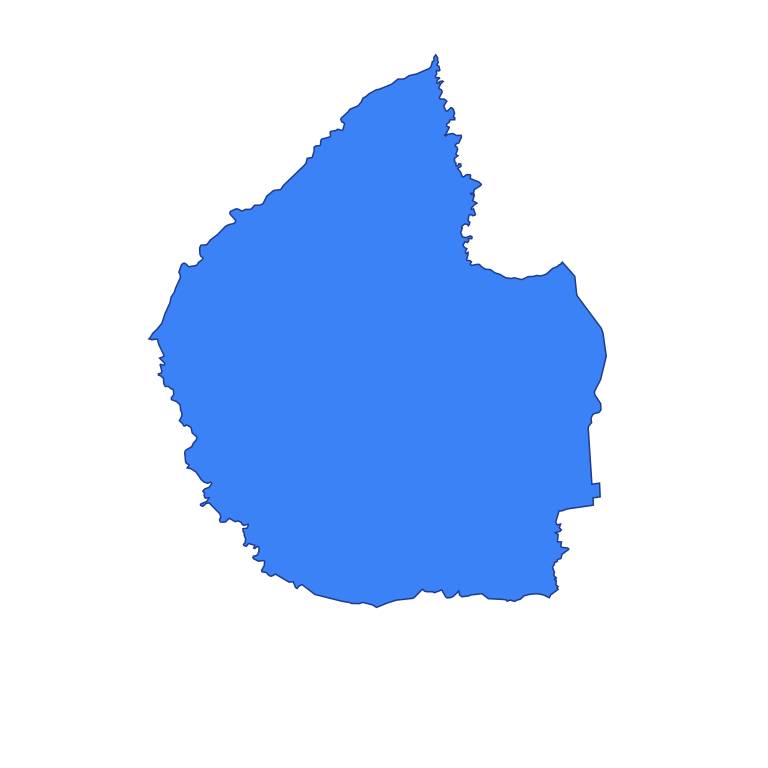 outline of Makueni, Eastern, Kenya, rotated 242°
{"feature_id": "3690345B23299491685856", "entity_name": "Makueni", "entity_type": "district", "adm_level": 2, "iso_a3": "KEN", "parent_name": "Kenya", "parent_adm1": "Eastern", "projection": "robinson", "projection_center": [37.731, -1.955], "detail": "fine", "context": "isolated", "style": "filled", "palette": "blue", "viewbox_px": 768, "rotation_deg": 242, "n_neighbors": 0, "source": "geoboundaries", "source_scale": "gbopen_adm2", "svg_char_len": 6171}
<svg xmlns="http://www.w3.org/2000/svg" viewBox="0 0 768 768"><g transform="rotate(242 384 384)"><path d="M181.3,308.6L181.2,310.3L184.8,321.6L182.3,322.4L180.8,323.8L177.6,329.5L176.0,330.6L175.1,338.3L167.0,338.5L165.3,339.6L164.0,342.9L164.0,345.7L166.0,352.8L162.3,351.7L159.6,352.8L157.1,359.3L157.0,361.6L152.9,372.0L145.5,375.3L137.7,388.3L135.7,390.8L134.4,390.7L134.0,394.0L130.8,397.2L130.6,401.3L129.9,402.9L131.2,408.4L129.9,413.9L127.8,419.0L125.3,423.0L122.5,426.1L117.7,429.6L119.6,432.3L120.9,441.3L123.1,441.2L123.3,442.6L125.9,441.6L129.7,443.8L130.5,442.9L131.6,443.0L131.9,443.7L131.4,444.4L131.9,445.1L134.7,444.2L136.3,444.5L137.4,446.0L143.2,446.8L144.8,449.8L146.5,450.8L145.9,452.7L146.3,454.0L147.3,454.3L147.5,455.7L146.8,458.2L150.1,461.3L151.2,469.3L151.9,469.7L153.1,469.0L156.4,464.2L157.4,463.8L161.2,466.6L163.2,463.0L169.4,467.2L172.3,465.4L171.3,470.3L171.8,472.1L174.8,471.3L177.4,474.2L178.3,470.8L181.3,470.7L189.7,478.9L188.5,481.4L187.6,487.3L178.7,512.0L185.3,515.1L182.9,521.9L195.3,527.8L197.9,520.5L249.2,543.6L250.7,544.9L252.4,549.1L256.7,550.8L258.8,553.6L259.2,555.6L258.0,560.5L259.2,563.3L264.9,566.1L275.1,565.1L278.3,566.0L286.3,577.4L304.2,593.3L326.6,601.4L331.2,602.0L370.7,596.0L372.9,596.3L389.5,603.0L407.8,598.7L407.6,597.4L406.7,596.6L407.0,594.5L406.3,592.3L406.9,587.3L404.8,578.7L405.8,573.0L408.2,569.7L408.9,566.2L411.1,561.8L411.5,554.7L416.7,548.8L417.3,546.1L420.7,541.3L426.4,537.8L430.1,534.1L434.9,531.8L438.0,527.2L441.7,525.2L444.7,524.4L445.9,522.6L447.6,516.9L449.5,516.4L450.8,518.6L452.6,517.8L454.1,515.5L455.0,515.3L459.1,519.2L460.8,520.0L460.5,517.9L461.3,517.5L463.2,518.5L464.5,520.7L466.4,519.3L469.4,518.8L471.7,522.3L469.7,524.1L470.7,526.1L472.1,526.1L472.6,526.9L471.1,529.6L472.3,530.8L474.2,529.9L474.8,525.0L477.2,522.3L481.6,522.8L485.1,526.5L486.0,526.1L486.8,527.0L487.4,530.2L486.0,532.5L484.1,532.8L484.6,533.9L486.5,535.8L488.3,534.9L489.5,535.5L493.1,538.2L492.8,540.4L490.7,541.6L490.5,544.2L496.7,545.3L496.8,543.6L497.4,543.1L498.4,543.8L499.9,548.3L500.0,551.0L504.4,548.2L505.6,550.1L507.3,550.9L507.6,552.1L509.2,552.6L509.9,550.3L511.6,549.9L510.7,552.9L513.2,554.9L513.9,562.7L514.6,563.7L517.8,562.6L524.9,556.6L527.5,558.4L528.4,558.3L530.1,555.2L529.5,551.3L530.7,550.5L534.9,551.1L539.8,550.2L540.0,554.1L542.1,555.1L543.4,553.7L541.9,551.0L543.1,550.0L545.3,551.3L547.6,550.6L548.3,551.5L550.1,551.9L550.8,556.5L552.7,555.4L553.6,555.6L556.1,558.8L557.5,559.5L559.1,559.5L560.7,558.6L561.4,559.0L562.2,560.8L561.7,563.2L565.5,568.2L567.3,568.9L569.3,564.8L572.9,562.3L574.5,557.5L574.1,554.8L575.3,554.5L575.7,556.2L579.6,561.7L580.2,562.2L581.9,560.5L584.1,561.2L584.5,564.4L586.2,566.5L584.1,570.6L585.9,571.5L587.5,570.6L589.9,573.5L594.2,574.1L596.2,573.5L596.6,572.6L595.2,568.3L596.2,566.9L601.3,567.2L604.2,572.2L607.1,571.1L609.2,567.6L610.1,567.1L610.8,567.2L614.1,572.0L615.3,572.8L617.2,572.6L618.9,571.2L619.9,571.6L622.4,574.9L623.3,578.3L624.0,578.0L624.9,575.4L624.9,574.5L624.0,574.1L623.8,573.1L625.4,571.8L627.5,574.3L627.9,576.6L628.7,576.5L630.1,573.7L631.6,573.8L633.1,576.2L635.5,576.9L636.2,577.7L634.6,579.3L634.8,580.6L638.5,581.7L640.8,580.3L642.6,583.0L644.5,583.2L646.8,584.5L650.3,584.3L649.1,581.5L646.1,580.0L645.8,577.9L642.4,574.9L641.3,572.2L642.5,558.2L644.5,550.9L643.9,546.0L644.6,543.2L646.7,539.5L645.1,531.6L646.5,518.1L647.4,515.3L647.3,507.2L646.3,503.0L646.3,499.6L643.7,496.3L641.8,491.8L642.6,482.8L641.2,480.2L638.9,471.4L638.1,470.1L635.3,469.8L633.6,471.1L632.2,471.3L627.6,466.8L627.5,466.0L630.7,462.8L630.5,460.1L632.0,455.9L631.6,454.5L628.4,453.4L627.5,452.5L629.5,443.8L628.4,442.3L624.9,440.2L624.7,438.9L626.2,435.5L626.0,433.5L622.7,431.8L617.7,427.0L619.3,422.2L615.6,418.8L614.6,416.6L606.5,388.3L604.2,384.1L606.7,377.2L604.9,368.7L600.0,361.8L600.2,358.2L602.6,353.7L600.8,348.8L601.1,347.7L603.2,343.7L603.3,339.9L606.9,337.3L608.1,335.6L608.5,329.3L607.1,328.0L605.4,328.0L598.4,329.9L596.5,328.4L596.3,326.3L597.5,322.1L597.7,318.4L594.1,307.2L592.7,298.5L590.2,292.8L592.5,287.4L590.7,285.1L585.0,282.4L582.6,282.3L580.7,283.3L579.6,282.8L579.1,281.7L578.5,277.4L577.0,275.0L577.0,273.1L579.2,266.6L582.8,265.6L584.5,264.3L584.8,263.2L584.2,261.0L579.1,255.4L575.3,255.1L573.2,253.8L566.5,245.0L563.3,241.8L560.8,237.0L556.2,233.2L549.2,224.0L542.0,216.5L539.1,209.8L537.3,203.5L534.8,199.6L534.2,197.6L532.0,199.8L530.5,204.3L529.6,204.9L524.7,203.7L513.1,203.2L512.0,202.7L511.8,201.7L512.2,198.0L505.1,200.1L504.0,198.9L504.3,197.8L506.2,196.3L506.0,195.3L499.4,193.8L498.2,192.3L498.9,189.6L497.9,189.0L495.9,190.7L492.5,191.9L487.6,189.7L484.5,189.7L483.0,192.6L479.7,193.7L478.1,195.3L474.1,193.8L473.1,193.0L471.8,189.8L470.0,189.0L465.8,192.6L462.0,193.9L460.3,193.9L456.5,192.1L453.7,192.0L450.8,190.6L447.6,186.1L443.4,187.6L441.2,187.5L440.4,188.2L440.5,190.6L436.9,192.8L435.7,193.1L431.0,191.7L424.9,193.9L422.5,191.7L421.4,188.1L418.9,184.8L418.7,178.4L418.2,177.0L416.9,175.8L408.2,172.2L406.7,172.3L404.5,173.8L403.7,173.5L402.3,170.8L399.9,173.7L394.6,176.7L385.5,177.7L382.1,178.9L379.1,181.6L378.7,184.8L377.8,185.3L376.8,185.0L374.9,180.9L375.5,176.7L374.8,174.3L374.1,173.7L372.0,174.4L369.9,172.8L367.2,172.6L365.7,176.0L363.5,172.2L364.1,166.6L363.9,165.5L362.9,165.0L361.0,166.6L362.0,170.9L361.1,173.8L346.6,178.1L343.4,177.6L341.2,174.9L339.4,174.7L338.5,175.3L336.6,179.1L338.1,184.3L332.7,187.7L332.0,188.7L331.9,190.7L329.1,192.8L326.6,192.9L325.0,193.7L323.9,198.2L323.1,198.1L321.0,195.5L322.5,191.5L320.0,190.4L317.8,190.6L315.9,189.5L312.1,189.1L309.0,186.8L308.4,184.6L307.2,184.5L305.6,185.9L305.4,186.7L306.5,188.7L306.4,190.0L302.2,194.2L300.3,191.9L299.4,192.7L300.1,196.0L298.4,197.0L295.0,195.0L292.9,192.7L292.4,190.5L293.3,188.0L292.3,186.7L290.8,186.9L286.5,190.0L284.6,194.7L283.4,195.4L279.8,192.9L277.0,188.5L275.6,188.1L272.4,191.8L270.0,192.2L267.8,193.4L267.1,194.5L267.1,198.9L253.6,207.2L252.0,211.0L246.0,210.4L244.2,211.3L245.4,213.6L245.5,217.4L230.6,224.2L211.8,245.0L206.7,251.6L205.6,252.1L201.8,258.9L201.1,262.8L194.2,270.3L190.3,272.5L189.0,284.6L187.3,293.6L181.3,308.6Z" fill="#3b82f6" stroke="#1e3a8a" stroke-width="1.5"/></g></svg>